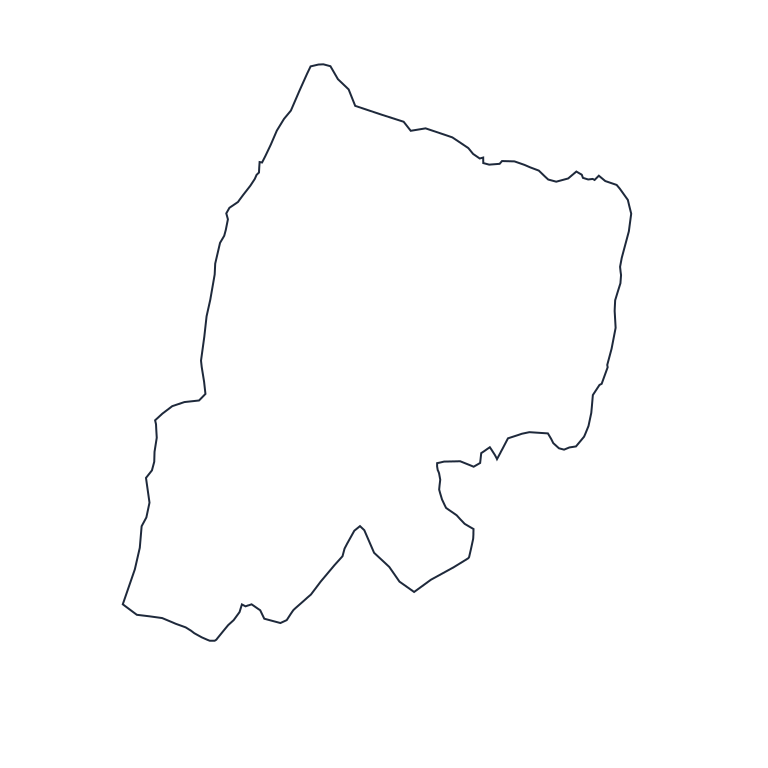 Munya, Niger, Nigeria (Natural Earth projection), rotated 15°
{"feature_id": "59680162B69298252864907", "entity_name": "Munya", "entity_type": "district", "adm_level": 2, "iso_a3": "NGA", "parent_name": "Nigeria", "parent_adm1": "Niger", "projection": "natural_earth1", "projection_center": [7.078, 9.799], "detail": "fine", "context": "isolated", "style": "outline", "palette": "slate", "viewbox_px": 768, "rotation_deg": 15, "n_neighbors": 0, "source": "geoboundaries", "source_scale": "gbopen_adm2", "svg_char_len": 3149}
<svg xmlns="http://www.w3.org/2000/svg" viewBox="0 0 768 768"><g transform="rotate(15 384 384)"><path d="M557.2,131.5L554.2,131.3L545.2,130.7L537.6,127.2L534.6,132.4L532.5,131.9L528.3,133.6L522.8,133.4L520.9,130.7L514.8,129.0L508.7,137.8L498.0,144.0L489.7,144.0L485.9,142.0L478.3,137.8L469.1,136.9L463.0,136.0L452.4,135.2L440.3,138.1L438.7,141.4L428.8,144.9L422.7,144.9L421.2,139.6L418.1,141.4L410.5,138.7L404.4,134.3L386.2,128.1L380.5,127.7L358.0,126.3L344.3,132.5L335.1,125.6L312.4,124.5L284.2,122.8L273.6,108.6L260.6,101.5L250.0,90.9L242.7,90.9L238.0,92.4L230.9,96.2L229.4,104.2L226.4,122.8L223.3,144.0L218.8,153.8L214.9,167.0L212.7,182.1L210.4,194.5L208.9,201.6L206.4,201.8L207.4,206.9L208.5,212.1L206.8,214.9L206.1,219.4L203.6,227.0L199.0,237.9L196.7,243.7L195.9,245.9L195.5,246.4L189.1,253.8L187.5,260.0L190.6,265.3L191.3,276.0L191.3,282.2L189.1,290.1L189.8,311.4L192.1,322.0L194.4,347.7L195.1,364.5L198.2,384.9L201.2,408.8L203.5,414.7L209.6,428.3L214.1,439.8L209.6,447.8L195.9,453.1L185.2,460.2L177.6,470.0L172.3,478.3L174.2,481.9L176.2,488.1L178.4,494.7L179.9,508.9L182.2,518.6L182.2,527.5L178.4,536.3L188.2,559.3L189.0,574.4L186.7,584.1L190.5,605.4L191.3,627.5L188.7,664.4L201.7,669.6L205.0,670.9L208.5,670.4L217.6,669.1L230.3,667.5L241.4,669.0L244.8,669.5L255.4,670.4L261.6,672.3L265.2,673.8L270.0,675.0L273.7,675.9L279.6,676.8L282.2,677.1L286.9,675.8L288.2,674.4L289.1,672.3L292.8,664.0L295.9,657.2L299.9,651.0L303.5,641.7L303.8,633.7L307.8,634.6L309.7,633.3L309.9,633.1L310.4,632.9L313.1,631.1L316.0,632.1L320.1,633.6L323.0,634.6L326.0,638.1L329.1,641.7L332.6,641.7L342.6,641.7L345.8,641.7L351.1,637.3L351.4,636.5L353.4,630.3L354.3,627.7L355.0,625.8L356.5,623.4L362.7,614.1L365.3,610.1L367.9,606.3L374.0,591.2L383.1,571.7L388.5,561.1L388.5,553.2L389.7,547.8L393.3,533.4L397.6,527.5L402.8,530.3L418.1,549.6L436.4,559.3L450.1,570.9L466.1,576.8L466.9,577.1L480.0,560.9L498.9,542.8L510.5,530.5L511.0,529.2L510.7,520.6L510.3,512.5L510.2,510.6L510.0,509.4L509.8,508.6L509.6,507.6L509.4,506.7L509.2,505.7L508.9,504.8L508.9,504.7L508.0,500.9L504.2,499.9L498.1,498.2L492.5,494.8L488.2,492.0L479.5,488.9L476.0,487.6L473.8,485.1L470.6,481.3L469.9,480.5L469.3,479.5L466.4,474.8L464.6,471.7L463.9,467.5L463.1,461.9L460.3,456.0L459.1,454.3L458.2,453.3L456.6,449.8L455.8,446.7L458.6,445.3L461.9,443.5L462.3,443.3L462.8,443.2L474.2,439.9L477.5,438.9L488.3,440.2L492.0,440.7L497.3,435.4L496.6,430.8L495.8,425.6L498.1,423.0L500.6,420.0L502.6,417.7L504.8,419.6L509.5,423.9L512.3,426.9L512.6,427.3L514.3,420.1L514.4,419.4L515.2,416.1L517.8,404.4L521.8,401.8L527.2,398.3L530.0,396.4L536.9,392.9L555.1,389.3L559.7,393.8L562.8,397.3L569.6,400.8L574.9,400.8L579.5,397.3L585.6,394.6L590.9,383.1L591.4,379.7L592.4,371.6L591.7,358.3L590.8,353.0L588.6,340.6L592.4,329.1L594.2,327.5L595.7,309.9L594.7,307.8L594.7,305.8L594.7,299.2L594.7,297.6L594.7,291.0L593.2,269.8L589.1,257.4L587.9,253.8L587.2,250.7L585.6,243.2L585.7,241.1L585.9,234.8L586.3,225.5L584.8,217.5L583.5,214.4L581.7,209.7L581.0,200.7L581.0,190.1L581.0,184.4L581.0,173.2L578.7,155.5L574.6,148.1L571.9,143.1L566.8,138.9L561.2,134.3L557.2,131.5Z" fill="none" stroke="#1e293b" stroke-width="2"/></g></svg>